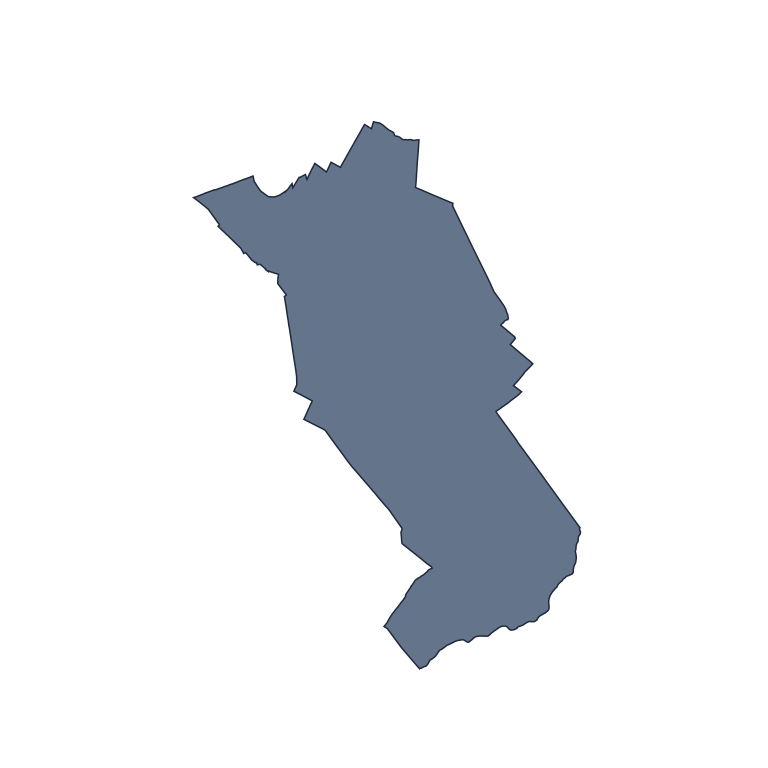 Aljojuca, Puebla, Mexico, rotated 210°
{"feature_id": "50627088B67825274215435", "entity_name": "Aljojuca", "entity_type": "district", "adm_level": 2, "iso_a3": "MEX", "parent_name": "Mexico", "parent_adm1": "Puebla", "projection": "robinson", "projection_center": [-97.52, 19.106], "detail": "fine", "context": "isolated", "style": "filled", "palette": "slate", "viewbox_px": 768, "rotation_deg": 210, "n_neighbors": 0, "source": "geoboundaries", "source_scale": "gbopen_adm2", "svg_char_len": 6147}
<svg xmlns="http://www.w3.org/2000/svg" viewBox="0 0 768 768"><g transform="rotate(210 384 384)"><path d="M514.0,409.7L513.3,409.1L511.7,407.2L509.8,404.8L506.5,400.8L505.9,400.0L501.9,394.9L500.5,393.2L499.3,391.8L498.3,390.5L496.8,388.6L496.4,387.9L494.9,386.2L494.0,385.2L487.7,377.4L483.6,372.2L474.3,360.5L468.7,353.6L465.4,349.4L465.1,348.9L463.9,347.5L462.4,345.1L459.2,339.8L459.1,339.5L458.6,334.1L458.5,332.7L452.9,332.9L452.5,333.0L437.7,333.5L437.6,332.6L437.5,331.8L437.4,329.4L437.2,327.9L437.0,326.4L436.9,325.6L436.9,324.7L436.7,322.8L435.7,313.3L412.2,314.6L411.5,314.4L402.3,310.2L396.6,307.7L394.4,306.7L385.1,302.7L380.2,300.5L379.8,300.3L378.7,299.8L375.7,298.5L373.0,297.4L370.8,296.5L359.9,292.8L356.7,291.6L354.4,290.9L353.5,290.5L348.3,288.7L346.4,288.1L342.9,286.8L339.9,285.7L339.6,285.6L339.0,285.5L332.4,283.0L329.6,282.0L326.0,280.7L320.2,278.7L319.8,278.7L315.7,277.1L304.2,271.7L296.2,268.0L295.6,266.6L295.3,264.8L295.1,264.0L293.0,261.0L289.3,255.6L288.7,255.0L288.1,254.7L268.2,251.8L257.3,250.0L254.5,249.7L251.6,249.4L250.3,248.6L252.2,245.7L252.6,244.7L252.7,244.4L252.7,243.8L252.8,243.0L253.2,242.0L253.7,240.4L254.3,238.6L255.3,237.0L256.0,235.6L256.2,234.7L256.4,234.3L256.8,233.9L257.1,233.5L257.2,233.2L258.0,231.6L258.6,230.2L258.8,228.9L259.1,224.3L259.4,222.3L259.4,221.3L259.2,220.5L259.5,218.7L259.6,216.8L259.7,215.2L259.8,213.3L259.7,212.0L259.6,211.6L259.0,210.5L259.3,208.1L259.4,206.5L260.0,202.9L260.5,198.5L261.8,189.5L262.0,187.4L262.1,185.9L262.1,184.8L262.1,184.1L262.1,181.3L261.9,179.3L262.1,178.2L262.7,174.0L258.7,173.8L237.1,164.4L210.7,155.1L210.4,155.9L209.5,156.7L208.9,157.8L208.3,158.6L207.5,159.8L206.6,160.6L206.2,162.0L206.0,164.2L206.1,165.6L206.1,167.6L205.7,168.9L205.2,169.2L204.7,170.5L203.8,172.5L203.5,173.6L203.2,174.7L203.1,176.3L203.0,177.9L202.8,179.7L202.6,181.7L201.5,182.8L200.9,184.3L200.3,185.6L199.4,187.7L198.8,189.3L197.7,190.6L196.9,191.8L196.1,193.0L194.6,195.2L194.0,196.3L193.1,197.4L192.3,198.4L191.0,199.5L190.2,200.0L189.6,200.7L187.6,202.1L186.2,202.2L184.1,202.2L183.0,202.1L182.3,202.3L181.7,202.7L181.0,203.9L180.6,205.1L180.3,206.0L179.9,206.9L179.5,208.6L178.2,211.1L177.3,211.8L176.2,212.8L174.6,213.9L169.0,216.9L168.4,217.3L167.6,218.2L167.2,219.0L167.0,219.9L166.7,221.0L166.2,222.7L165.6,223.8L165.1,225.3L164.5,226.2L163.9,227.8L163.3,228.8L162.7,230.6L161.8,231.8L161.0,232.7L160.3,233.6L159.1,234.3L157.1,235.3L156.1,235.2L155.4,235.1L154.0,234.5L152.6,234.2L152.0,234.3L151.2,234.2L151.1,234.4L150.0,235.0L149.2,235.7L148.3,236.4L148.1,237.0L147.1,238.1L146.7,239.1L146.7,239.9L146.5,240.7L145.6,241.7L144.8,242.6L144.1,243.7L143.0,244.8L142.0,247.2L141.5,248.0L141.1,248.7L140.6,249.5L139.5,250.9L139.1,251.1L137.3,252.0L134.9,253.4L133.6,256.0L133.8,257.2L133.6,259.3L133.2,260.7L132.7,261.8L131.7,263.4L130.8,265.1L129.9,266.2L129.3,268.1L128.8,269.2L128.6,271.0L128.9,272.1L129.6,273.6L130.0,274.2L130.6,275.0L131.3,276.0L131.7,276.7L132.4,277.4L132.9,278.6L133.3,279.5L133.8,281.2L134.1,282.7L134.3,283.8L134.3,285.5L134.3,286.5L134.2,288.4L133.8,290.0L133.6,291.8L133.1,293.6L132.9,293.9L132.7,295.2L133.0,296.5L132.8,298.7L132.6,299.2L132.1,300.6L131.8,301.5L131.3,302.4L131.3,304.6L130.5,306.1L130.1,308.0L129.3,309.3L128.3,310.5L127.2,312.0L126.0,313.7L125.9,315.5L126.6,316.6L127.9,319.5L128.4,321.4L128.6,323.6L128.9,325.7L129.6,327.3L130.2,329.1L131.2,330.6L132.7,332.6L133.5,333.4L134.8,334.8L134.9,336.1L136.6,339.7L137.4,342.2L137.2,344.6L138.4,347.2L139.3,349.2L139.1,352.1L139.5,353.5L140.2,354.6L141.7,355.4L142.5,357.2L142.5,357.6L172.6,370.9L197.0,381.8L199.1,382.8L217.4,390.9L238.9,400.3L240.6,401.4L241.0,401.6L272.3,415.5L273.3,416.4L272.5,418.0L267.1,429.6L265.8,433.1L262.2,441.6L261.0,446.0L270.5,447.3L271.0,447.3L269.2,455.9L268.8,458.6L268.3,461.8L268.1,462.5L268.1,464.3L266.3,471.2L265.2,475.9L269.2,476.8L273.7,477.5L275.7,477.9L279.2,478.6L280.5,478.7L294.3,481.3L293.0,489.1L294.3,490.1L311.5,493.2L312.3,493.3L312.2,494.6L311.9,495.4L311.3,496.6L311.2,497.7L311.1,498.5L310.8,499.1L310.7,499.6L310.5,500.0L309.8,500.8L309.5,501.4L309.3,501.5L308.9,501.7L309.1,502.9L310.5,504.6L311.5,505.9L313.4,507.3L315.3,508.9L316.1,509.8L317.7,510.7L318.9,511.5L324.0,514.0L330.9,517.1L334.7,518.8L339.5,522.2L341.0,523.4L349.5,529.2L355.5,533.2L360.1,536.3L375.8,546.8L384.3,552.6L391.0,557.1L396.9,561.1L413.3,572.3L414.5,574.3L414.6,574.9L426.6,573.4L429.1,573.1L431.2,572.8L432.7,572.6L434.3,572.4L438.3,571.9L447.3,570.9L455.0,569.9L456.1,572.5L458.1,576.7L465.7,592.0L470.8,602.8L475.8,612.9L476.7,612.3L477.9,611.6L479.1,610.5L480.4,609.6L481.9,609.4L483.3,608.9L484.8,607.9L485.8,607.0L486.5,606.8L487.6,606.5L488.1,605.9L489.6,605.3L490.6,605.1L491.6,605.3L493.6,605.5L495.0,605.5L496.5,605.1L498.2,604.5L498.6,604.5L499.1,604.6L501.3,606.4L502.4,606.6L503.0,606.6L503.9,606.5L506.9,606.4L510.8,607.0L513.8,607.6L517.9,607.9L524.2,605.8L522.5,598.8L530.6,599.0L530.6,592.9L530.5,590.2L530.5,581.3L530.4,576.1L530.4,572.4L530.3,563.0L530.2,558.8L530.2,556.9L530.2,556.1L530.1,549.8L540.7,549.6L539.8,538.9L554.2,540.5L553.9,535.4L554.0,535.3L553.9,534.3L553.6,529.5L553.4,526.5L553.0,522.6L553.4,522.9L556.8,526.2L560.5,520.3L560.8,520.4L561.1,508.3L563.9,511.6L564.6,504.7L565.0,503.5L565.6,500.9L565.9,501.3L568.7,495.6L570.7,493.0L572.9,490.9L577.7,488.4L587.1,489.4L591.9,491.5L597.7,494.6L598.4,495.2L599.0,495.9L601.2,498.6L601.4,498.7L604.6,494.6L608.2,490.5L614.9,482.1L617.7,479.0L618.1,478.2L620.8,475.3L623.0,472.5L623.8,471.7L627.0,467.9L627.6,467.5L628.1,467.3L629.0,466.1L630.7,464.1L633.4,460.9L633.8,460.5L634.9,459.0L639.7,452.9L642.1,450.2L640.9,450.1L636.3,449.5L626.6,448.0L624.3,447.5L623.9,447.6L622.4,447.0L622.2,446.8L620.7,446.2L615.7,443.9L611.6,442.1L609.7,441.2L606.1,439.7L606.6,437.6L594.3,434.6L594.0,434.6L582.0,431.5L575.9,430.0L570.7,426.9L569.9,428.0L569.5,428.5L566.9,427.8L566.4,427.5L560.6,425.2L556.3,424.8L555.3,424.9L554.9,425.3L553.4,423.8L551.6,425.4L550.7,425.7L543.8,424.4L543.8,423.9L540.5,423.5L540.7,423.9L533.0,425.6L530.5,426.3L530.1,426.1L529.0,423.1L526.2,417.8L513.1,412.3L514.0,409.7Z" fill="#64748b" stroke="#1e293b" stroke-width="1.5"/></g></svg>